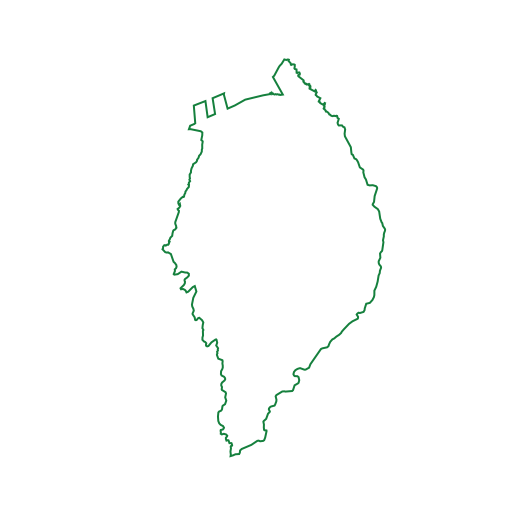 Sanyati, Mashonaland West, Zimbabwe (Equal Earth projection), rotated 207°
{"feature_id": "62879985B67434637878842", "entity_name": "Sanyati", "entity_type": "district", "adm_level": 2, "iso_a3": "ZWE", "parent_name": "Zimbabwe", "parent_adm1": "Mashonaland West", "projection": "equal_earth", "projection_center": [29.641, -17.974], "detail": "fine", "context": "isolated", "style": "outline", "palette": "green", "viewbox_px": 512, "rotation_deg": 207, "n_neighbors": 0, "source": "geoboundaries", "source_scale": "gbopen_adm2", "svg_char_len": 6119}
<svg xmlns="http://www.w3.org/2000/svg" viewBox="0 0 512 512"><g transform="rotate(207 256 256)"><path d="M342.4,219.6L338.6,218.2L336.8,218.6L336.1,219.3L332.7,219.1L326.8,213.4L325.0,212.9L322.9,211.8L321.9,210.4L321.7,208.8L322.3,207.2L321.4,205.8L321.1,202.5L320.3,202.3L317.5,204.3L315.3,208.2L311.7,209.1L309.7,210.0L307.8,209.7L306.9,208.0L307.5,205.8L308.8,203.2L308.8,202.2L308.3,201.4L307.6,200.9L307.0,199.3L307.1,197.4L308.6,193.0L307.7,192.3L306.0,193.5L304.1,193.5L303.0,193.2L301.4,192.0L300.2,193.4L298.2,199.6L296.9,201.4L293.0,197.3L292.9,190.3L291.0,183.6L289.8,182.0L287.8,180.5L286.6,179.0L286.4,175.9L286.0,175.3L282.8,173.5L281.3,171.5L280.8,171.4L279.9,171.9L279.3,174.4L278.5,175.2L274.9,174.3L272.8,172.9L272.1,170.3L271.0,167.4L269.3,166.2L269.3,165.1L267.1,161.1L266.7,159.1L265.7,157.0L263.5,156.2L262.2,156.3L260.7,155.7L260.2,154.0L259.7,153.4L258.5,153.3L257.5,154.2L256.5,158.8L254.3,162.9L253.7,163.6L253.1,163.4L251.2,161.1L250.8,158.2L247.9,156.6L247.6,155.2L247.0,154.5L247.2,153.0L246.2,151.9L246.2,150.7L245.8,150.0L243.0,147.4L238.7,147.9L238.0,147.2L237.1,144.9L235.9,143.3L235.0,141.6L234.7,140.1L234.8,137.5L233.6,134.8L232.4,133.9L229.6,133.9L228.1,133.1L227.5,132.2L227.5,130.9L228.8,127.8L228.8,126.2L228.2,124.9L226.8,123.8L226.0,121.6L225.6,121.2L221.3,120.8L220.3,119.9L219.3,116.1L216.8,113.6L216.3,109.9L217.6,107.6L217.7,107.0L216.7,104.0L216.7,103.3L216.9,102.3L218.3,100.6L218.5,99.5L217.0,95.7L214.7,91.9L212.8,90.2L210.8,89.5L208.2,89.5L206.6,88.5L206.5,87.6L206.8,86.3L208.4,85.0L208.2,84.2L207.1,82.7L206.7,81.6L205.5,81.5L203.9,83.0L201.6,83.4L200.0,82.8L199.9,82.1L200.3,80.4L199.7,79.2L198.5,78.1L197.4,79.2L196.7,79.2L194.7,77.2L192.9,78.1L191.9,77.2L191.3,76.5L191.3,76.0L192.0,75.3L192.0,74.6L191.0,73.3L190.0,70.2L188.2,67.5L187.8,66.2L186.0,67.9L184.3,70.0L181.1,71.9L181.1,73.4L181.9,75.5L181.1,77.6L174.4,85.6L170.9,91.9L169.8,92.7L168.2,92.8L165.7,94.5L165.1,95.6L165.4,98.4L167.1,104.8L167.5,105.3L169.3,104.6L169.9,104.8L171.2,106.8L172.4,109.4L174.2,111.7L174.2,112.4L173.0,115.5L173.7,121.0L173.0,123.1L173.1,123.8L174.8,125.0L175.2,126.0L174.9,127.6L174.3,128.7L171.6,131.1L171.5,132.2L171.9,135.7L172.5,137.2L174.8,139.9L174.7,141.3L171.1,147.2L169.3,148.3L168.3,148.5L162.5,152.1L162.1,153.3L162.9,158.3L160.8,161.5L160.5,162.4L161.1,165.0L163.1,167.4L164.5,167.7L166.9,166.6L167.9,166.8L169.0,167.7L169.5,169.9L169.1,172.1L167.8,174.2L166.6,175.4L165.8,176.1L161.2,176.7L160.2,177.3L158.0,180.6L158.4,184.3L155.9,202.6L155.0,203.8L151.2,206.9L150.9,207.5L150.5,208.8L150.8,210.2L150.9,213.2L150.1,216.4L148.9,218.0L147.8,220.7L146.1,223.6L145.2,226.1L145.2,227.5L144.5,230.4L142.3,237.8L140.4,241.6L136.9,246.3L137.0,247.2L137.5,248.2L139.7,249.5L139.6,250.5L138.9,252.0L137.5,252.4L134.8,255.0L134.7,257.1L135.3,258.6L136.1,263.5L133.3,265.9L132.3,269.6L132.3,272.9L132.8,274.9L134.8,278.9L134.9,283.1L136.0,288.4L137.9,294.3L138.0,296.9L138.9,299.2L139.2,302.3L140.0,303.4L142.3,304.4L143.5,305.5L144.3,307.0L144.4,310.9L146.6,314.5L146.5,316.0L146.0,317.6L146.1,318.4L148.7,326.1L150.0,327.7L151.0,331.5L151.8,333.0L152.3,334.8L152.5,336.8L152.8,337.9L153.6,338.8L156.6,340.4L158.5,342.7L159.3,343.0L162.2,345.6L166.5,351.6L168.8,353.1L172.9,353.7L175.3,354.6L175.5,355.1L175.4,357.8L177.5,363.3L178.7,371.1L179.3,372.1L180.8,372.7L184.1,372.1L186.8,370.5L188.9,370.1L192.8,374.1L195.0,375.4L198.4,379.3L198.9,380.8L199.7,381.6L203.7,382.1L207.6,385.9L209.4,387.1L210.6,387.7L212.6,387.6L215.6,390.1L216.9,390.1L217.8,391.2L220.9,396.0L231.1,403.0L232.6,405.2L234.0,409.2L235.6,410.8L237.2,410.7L238.7,411.4L241.5,409.9L242.6,410.4L243.8,411.7L244.5,415.8L246.1,416.1L247.3,417.6L248.0,417.5L248.9,416.6L250.2,416.4L251.0,415.5L252.0,415.2L253.4,415.2L254.0,415.6L254.9,415.4L256.6,416.5L258.9,416.8L259.4,416.5L260.1,417.3L262.2,417.9L262.2,418.5L262.7,418.5L262.6,420.1L263.1,420.7L263.5,420.7L263.5,422.4L263.9,422.9L263.9,423.5L264.3,423.5L264.3,422.9L265.2,421.3L268.2,421.4L268.6,421.9L269.9,422.0L269.9,422.5L270.3,422.5L270.3,425.8L274.1,425.9L275.0,426.5L275.8,426.5L276.2,427.1L276.2,429.3L276.6,429.3L277.9,430.9L278.3,431.0L278.4,429.3L283.9,429.4L283.9,430.0L284.4,430.0L284.3,431.1L284.8,431.1L284.8,431.7L285.2,431.7L285.2,432.2L285.6,432.2L286.4,433.3L286.9,433.4L287.3,432.8L287.3,432.3L289.0,432.3L289.0,431.8L290.8,431.8L291.2,432.4L292.0,432.4L292.5,432.9L292.9,432.9L292.9,433.5L293.3,434.1L299.9,435.4L300.4,436.1L300.4,436.5L299.4,437.5L299.8,438.5L300.7,439.2L301.8,438.6L302.3,437.8L303.0,437.7L304.6,440.6L306.4,440.3L307.0,440.7L307.5,442.5L308.3,444.0L309.0,444.0L310.3,443.5L311.4,442.2L311.8,442.3L312.5,443.4L315.6,444.6L315.8,445.8L316.1,445.8L317.1,445.4L318.0,444.4L320.0,444.0L320.4,438.9L321.2,436.3L321.4,434.6L321.6,425.0L322.2,423.2L305.4,412.0L307.5,410.5L308.2,410.6L308.6,410.1L310.1,410.0L311.1,409.2L311.9,409.2L312.8,408.3L313.9,408.2L314.8,408.5L315.2,407.6L316.0,408.3L316.0,407.7L316.3,407.4L316.9,407.6L316.9,406.8L317.4,406.8L317.3,406.4L322.6,402.4L336.6,390.4L343.2,380.5L348.2,374.4L357.9,385.2L358.3,386.4L366.3,376.9L356.9,363.9L362.1,357.7L371.4,371.1L379.7,361.8L370.4,346.7L371.0,345.5L373.8,342.2L373.3,338.5L371.9,339.3L361.8,342.1L359.9,341.7L358.7,339.2L357.4,334.5L355.8,334.1L355.4,333.7L354.5,330.8L352.7,327.4L352.6,326.3L351.7,324.4L351.6,321.4L352.2,319.5L351.8,317.4L352.2,315.0L351.8,314.2L351.9,312.4L353.7,309.2L353.2,307.7L353.2,304.8L352.7,302.6L351.9,300.9L352.1,298.5L350.8,296.0L350.1,295.3L350.0,293.7L348.7,292.8L349.1,290.9L348.6,289.9L348.7,289.0L348.0,289.0L347.2,287.0L347.9,284.3L347.8,283.2L348.1,281.4L347.6,279.9L347.7,278.2L347.1,276.2L347.3,275.7L348.1,275.5L349.1,273.1L349.9,269.2L349.2,267.8L347.8,266.6L347.4,266.8L347.3,267.6L346.2,266.2L346.3,264.2L347.2,262.3L346.7,261.8L345.2,261.3L344.7,260.1L343.3,249.5L342.6,248.1L340.6,246.3L340.2,245.3L339.7,245.0L340.1,242.9L341.1,241.6L341.2,240.8L340.7,238.4L339.8,235.9L340.6,233.5L340.4,231.8L340.5,229.9L340.0,229.1L339.5,229.3L339.2,226.8L339.4,226.1L340.2,225.9L341.1,224.3L341.9,224.4L342.6,224.0L343.0,222.1L342.3,220.6L342.4,219.6Z" fill="none" stroke="#15803d" stroke-width="2"/></g></svg>